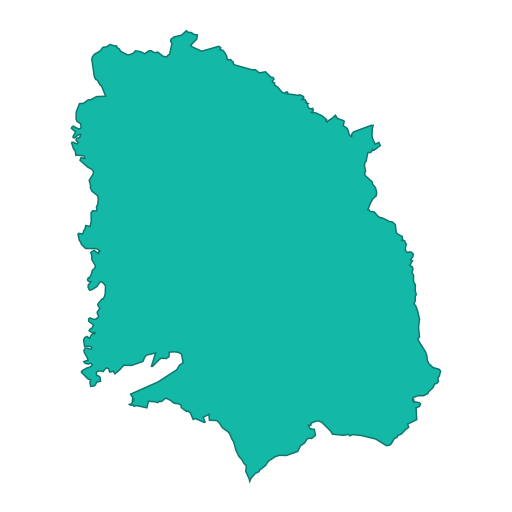 the district of Chietla, Puebla, Mexico
{"feature_id": "50627088B73270008594857", "entity_name": "Chietla", "entity_type": "district", "adm_level": 2, "iso_a3": "MEX", "parent_name": "Mexico", "parent_adm1": "Puebla", "projection": "mercator", "projection_center": [-98.633, 18.51], "detail": "fine", "context": "isolated", "style": "filled", "palette": "teal", "viewbox_px": 512, "rotation_deg": 0, "n_neighbors": 0, "source": "geoboundaries", "source_scale": "gbopen_adm2", "svg_char_len": 5889}
<svg xmlns="http://www.w3.org/2000/svg" viewBox="0 0 512 512"><path d="M90.7,386.4L94.0,386.0L95.3,385.0L96.7,382.1L100.5,381.3L100.1,377.2L98.1,375.7L96.7,375.5L96.3,373.0L97.0,371.6L99.7,370.8L103.1,371.6L106.2,367.9L108.5,368.5L109.7,372.1L113.2,371.2L114.9,373.8L119.8,369.7L123.7,365.3L131.6,365.4L142.9,361.5L144.8,357.1L146.5,355.1L155.6,353.0L151.4,366.4L152.4,366.4L160.0,358.9L161.2,358.3L166.2,358.5L168.9,356.9L169.3,352.2L174.3,351.8L177.6,352.2L180.1,353.2L181.6,354.5L183.1,362.7L179.7,365.0L176.7,369.8L158.3,381.8L130.5,394.2L133.2,398.4L132.6,398.8L132.4,400.6L133.4,400.4L131.1,404.4L128.6,404.1L131.0,405.3L132.8,404.9L134.1,406.3L136.6,405.6L146.9,407.8L148.5,401.3L155.6,401.8L157.1,402.6L158.8,401.9L159.2,401.2L161.4,401.6L165.7,398.1L170.7,400.4L173.1,402.6L175.2,403.5L178.1,403.6L180.9,405.1L181.3,407.5L182.0,408.2L186.6,411.5L187.7,410.9L190.3,412.8L193.2,419.5L195.2,418.5L204.5,422.5L205.1,422.0L203.2,417.3L208.9,414.3L209.4,420.2L217.0,420.6L219.8,423.6L222.4,427.8L228.0,431.8L229.7,433.8L231.8,438.9L233.7,441.9L235.9,450.1L238.7,456.1L242.4,460.3L243.9,463.4L246.3,465.7L245.8,471.6L249.2,478.9L249.7,481.3L251.0,478.3L255.2,473.5L258.8,471.7L260.0,469.8L265.6,465.4L268.2,461.4L275.1,456.7L279.6,455.3L286.3,455.5L297.7,451.5L300.4,445.9L304.5,443.0L307.1,439.0L309.3,438.1L311.6,438.5L315.5,435.3L314.3,429.4L310.2,428.7L308.4,425.2L310.7,425.3L311.4,423.0L316.2,421.1L317.9,420.8L321.7,422.2L330.6,431.0L332.5,434.2L343.6,435.3L348.4,434.4L349.8,435.8L352.7,434.6L360.8,435.4L375.7,439.0L386.4,445.7L389.4,445.2L391.0,444.1L394.3,438.6L397.2,437.2L397.8,435.5L401.4,434.0L405.3,429.8L408.7,427.3L407.6,424.1L416.7,419.7L416.1,407.8L419.5,406.4L420.6,404.1L419.3,402.7L414.9,401.8L413.6,402.2L412.8,400.3L413.9,400.0L412.7,398.8L412.7,397.9L417.8,395.7L423.5,395.7L427.8,393.6L428.9,391.5L432.7,387.9L435.0,383.6L436.6,383.5L438.5,381.6L437.8,378.2L439.2,376.3L440.6,371.0L438.9,369.2L433.2,367.6L429.1,363.9L427.5,360.9L426.8,355.5L425.4,351.7L417.8,339.5L419.5,336.6L418.5,327.5L419.5,319.4L417.9,312.1L416.0,306.3L414.0,303.8L415.3,300.7L415.2,296.5L416.3,294.6L415.2,290.8L415.4,284.7L414.0,282.7L413.5,280.5L413.6,275.3L411.9,272.7L413.0,269.1L412.4,267.0L409.8,265.2L412.5,260.9L410.5,259.8L412.8,256.9L413.3,254.1L411.4,252.1L409.2,251.9L407.8,252.6L405.8,251.0L405.3,249.2L406.1,244.1L406.8,244.8L404.6,241.7L404.9,241.1L403.2,240.1L401.7,240.4L402.5,238.9L402.2,236.5L397.7,234.1L396.3,232.6L395.3,224.6L392.3,221.9L389.7,221.6L381.8,217.7L381.3,218.0L379.3,217.1L377.8,216.1L374.2,211.9L369.7,211.3L369.3,210.0L367.9,209.8L370.1,203.9L372.8,198.9L376.2,195.9L376.7,192.2L375.4,187.5L372.7,184.4L372.3,182.0L365.0,175.4L364.7,172.8L365.6,171.4L364.5,166.0L364.8,162.3L366.0,161.7L367.9,152.4L370.2,152.6L371.3,151.9L372.4,149.7L372.6,150.4L374.3,150.1L380.3,145.5L378.9,142.4L375.1,144.2L372.4,138.1L372.0,135.8L372.3,128.6L373.2,125.4L371.4,125.3L353.5,131.9L351.8,134.1L351.6,136.6L351.0,136.6L349.0,134.2L348.4,131.2L347.0,128.3L343.2,125.6L344.2,121.6L343.7,120.7L338.4,118.8L336.1,117.2L336.3,116.4L335.3,115.2L332.5,118.0L327.6,121.2L327.4,122.1L325.9,120.9L326.6,119.6L322.1,115.8L315.8,112.9L311.6,112.5L313.4,110.6L312.6,108.3L310.1,109.0L307.8,106.8L307.6,104.1L308.2,103.6L306.2,103.1L306.0,102.7L306.6,102.2L304.7,99.3L302.1,99.6L303.8,97.3L303.3,96.4L299.7,94.8L297.7,95.3L289.8,94.1L287.4,94.3L287.8,92.7L286.9,91.8L285.8,92.3L285.4,93.3L282.1,92.3L277.7,87.1L274.4,85.0L274.7,83.0L272.4,82.1L272.6,80.8L274.0,79.1L273.1,77.5L270.8,77.1L265.5,71.8L259.4,72.9L255.4,69.8L251.2,69.6L235.0,65.0L233.4,63.9L233.1,61.8L231.3,60.7L230.7,59.5L227.4,59.8L226.6,55.9L224.9,52.9L222.8,50.2L220.0,49.9L220.8,47.8L218.9,46.3L201.7,51.2L192.3,46.9L190.6,45.4L196.7,39.2L197.4,34.9L193.9,34.4L191.3,32.5L188.1,32.3L186.4,30.7L181.5,35.2L174.2,36.9L171.0,39.2L170.6,41.6L172.0,43.3L169.5,54.5L168.5,54.8L166.6,56.9L163.1,56.3L157.8,52.1L154.4,52.7L151.1,50.7L148.8,50.8L144.8,53.7L140.3,51.6L135.4,50.8L133.7,53.0L129.7,54.7L127.4,54.9L120.6,51.3L119.3,48.9L117.3,47.8L116.5,45.9L113.9,45.8L110.1,44.4L106.6,46.9L103.0,47.2L100.0,51.1L94.6,54.1L92.4,56.9L91.8,59.2L94.3,76.6L95.6,79.4L97.4,80.2L100.0,84.8L101.5,85.9L105.7,96.2L96.5,96.6L90.4,99.9L88.1,99.9L83.6,103.3L79.5,103.6L76.3,111.8L76.0,118.7L77.1,121.5L80.6,123.7L81.1,127.3L80.3,128.5L78.7,129.0L73.2,126.1L71.7,127.2L71.4,128.4L75.6,131.8L73.0,136.6L73.3,137.8L74.5,137.9L78.1,135.1L80.2,134.2L80.9,134.7L79.5,137.6L76.8,138.3L76.1,139.3L76.1,140.4L78.2,142.3L77.2,143.9L73.0,142.3L72.0,142.3L71.6,142.9L73.6,149.0L75.3,150.8L75.8,155.4L76.9,155.0L84.2,156.0L84.9,158.4L81.0,157.7L80.0,160.3L87.6,167.0L92.0,169.5L93.4,171.4L93.3,173.7L89.2,180.3L90.6,185.7L90.3,187.6L92.0,191.3L97.5,195.6L98.2,197.6L97.9,203.6L96.4,207.3L97.1,210.3L96.3,210.9L92.6,210.8L91.1,212.7L91.2,221.3L90.1,226.5L85.7,225.5L84.9,229.3L84.0,230.1L82.7,233.9L78.7,233.4L78.7,234.4L78.0,234.4L79.4,240.5L80.9,242.5L81.3,244.3L85.6,248.5L96.5,248.6L99.2,250.4L98.9,251.4L99.8,251.3L98.4,253.5L94.1,250.4L91.6,251.7L90.7,252.9L91.8,254.9L91.8,259.5L95.1,265.3L95.3,267.6L92.4,270.3L90.9,275.4L89.1,278.0L88.4,277.8L87.9,278.5L87.5,280.0L88.6,281.4L91.0,281.8L88.2,285.0L88.1,287.4L89.5,290.2L91.6,289.8L97.0,286.5L100.0,281.9L101.2,281.7L103.5,283.3L105.5,285.9L105.2,293.8L104.4,296.6L103.0,299.0L102.1,298.9L97.9,304.0L97.9,305.6L99.9,308.2L97.2,312.1L97.4,313.9L98.8,316.3L96.1,319.1L93.7,319.4L90.0,317.9L88.8,318.7L88.7,321.3L93.3,324.8L92.3,327.8L89.6,329.5L89.1,330.8L92.3,332.7L95.0,332.6L94.4,334.0L93.1,333.6L91.3,335.0L89.6,338.5L87.0,336.4L84.6,337.7L83.6,340.2L84.6,346.6L88.1,346.1L91.3,346.9L91.9,348.5L90.8,349.3L87.4,348.1L85.2,348.3L83.9,350.4L84.5,353.0L87.4,358.0L88.0,360.2L83.8,361.6L84.6,362.9L86.0,363.6L88.5,364.0L90.7,363.1L92.3,364.7L90.5,366.9L86.6,368.1L82.1,370.7L81.3,372.2L87.8,378.8L90.7,380.0L89.9,382.6L90.7,386.4Z" fill="#14b8a6" stroke="#0f766e" stroke-width="1.5"/></svg>